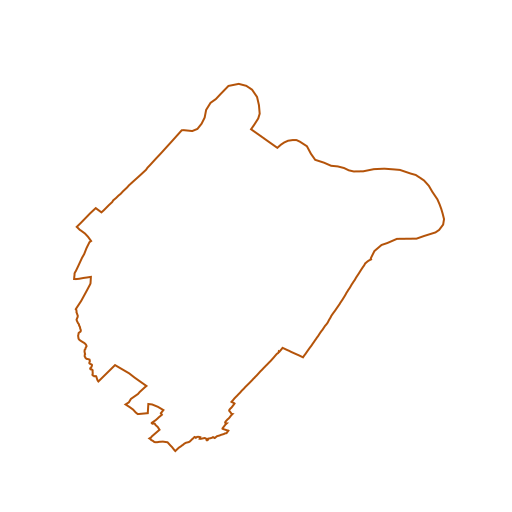 outline of Cotofenii Din Fata, Dolj, Romania, rotated 167°
{"feature_id": "2599482B64594888050734", "entity_name": "Cotofenii Din Fata", "entity_type": "district", "adm_level": 2, "iso_a3": "ROU", "parent_name": "Romania", "parent_adm1": "Dolj", "projection": "robinson", "projection_center": [23.665, 44.452], "detail": "fine", "context": "isolated", "style": "outline", "palette": "amber", "viewbox_px": 512, "rotation_deg": 167, "n_neighbors": 0, "source": "geoboundaries", "source_scale": "gbopen_adm2", "svg_char_len": 6013}
<svg xmlns="http://www.w3.org/2000/svg" viewBox="0 0 512 512"><g transform="rotate(167 256 256)"><path d="M300.1,395.2L311.6,387.1L325.6,377.4L331.0,373.8L339.0,368.3L341.8,366.5L343.8,364.7L349.2,361.6L363.8,353.5L366.3,351.7L371.0,349.0L373.9,347.0L376.4,345.8L379.3,344.0L382.7,342.3L383.2,341.7L384.0,340.9L387.7,338.8L394.2,334.7L396.8,333.3L401.4,338.7L408.0,334.9L419.8,327.3L424.1,324.7L423.3,323.5L421.8,321.1L420.8,320.1L417.6,316.4L415.4,312.6L413.3,307.7L415.2,306.9L416.4,305.4L418.0,303.5L419.6,301.5L423.0,296.5L425.9,293.4L431.4,286.3L434.9,281.9L436.2,280.6L436.8,279.6L437.1,278.3L437.6,277.0L438.4,274.5L436.6,274.0L433.6,273.6L428.8,273.4L426.7,273.2L425.8,273.1L424.3,273.0L421.6,272.8L422.8,268.6L423.4,266.6L424.0,265.7L427.8,261.3L436.4,251.6L443.1,245.2L443.6,244.7L443.2,243.8L443.3,242.5L443.6,241.3L443.4,240.6L443.3,239.3L443.1,237.9L443.5,236.7L444.6,235.2L445.2,234.3L445.1,233.1L444.8,231.9L444.6,230.8L444.0,229.6L443.9,229.0L444.0,227.9L443.7,227.3L443.5,226.2L443.6,225.2L443.6,224.7L443.4,223.5L443.5,222.6L443.9,221.9L444.7,221.5L445.5,221.2L446.0,221.0L446.3,220.5L446.6,219.6L447.2,218.5L447.4,217.1L447.4,216.3L447.5,215.8L447.5,215.3L447.3,214.8L447.1,214.3L446.6,213.6L445.7,212.6L444.7,211.6L444.1,211.0L443.1,210.1L442.3,209.1L441.6,207.8L441.4,206.8L441.4,206.2L442.7,204.8L443.2,203.7L443.6,203.4L444.1,203.0L444.2,202.6L444.4,202.1L444.6,201.3L444.6,200.6L444.7,200.1L444.6,199.7L444.6,199.3L444.6,198.8L444.9,198.6L445.2,197.9L445.5,196.9L445.3,196.0L445.1,195.7L445.1,195.2L444.7,194.5L444.5,194.2L444.1,193.8L443.2,193.5L441.8,192.7L441.5,192.5L441.5,191.5L441.6,190.8L442.0,190.2L442.5,189.3L442.5,189.0L442.2,188.5L441.9,188.2L441.3,187.8L440.6,187.3L440.3,186.7L440.5,186.2L440.8,185.6L441.2,185.2L441.4,184.8L441.9,184.3L442.8,183.9L442.9,183.4L442.8,183.0L442.7,182.8L442.3,182.6L441.8,182.4L441.1,182.0L441.0,181.7L440.9,181.5L440.9,181.2L441.1,180.7L441.2,180.1L441.3,179.6L441.4,178.8L441.6,178.0L442.0,177.4L442.1,177.0L442.0,176.5L441.7,176.2L441.2,175.9L440.9,175.6L440.7,175.2L440.3,175.1L439.0,175.0L438.8,174.7L438.7,174.2L438.6,172.5L438.4,170.8L438.1,169.8L437.8,169.2L417.9,181.4L406.0,170.2L401.7,164.9L392.0,154.0L394.0,153.0L400.0,149.6L402.0,148.1L410.0,144.9L412.8,142.0L416.5,140.7L413.1,137.2L410.3,134.0L408.4,130.6L406.8,128.6L405.7,128.4L396.8,127.2L394.2,136.0L390.6,134.7L385.5,131.1L380.9,126.7L384.1,124.2L383.4,122.5L387.2,120.6L388.3,119.9L390.7,118.6L395.1,116.9L395.2,116.5L394.5,115.8L393.2,115.8L392.4,115.4L391.9,113.9L390.2,111.5L389.1,108.4L398.0,103.7L399.4,102.6L400.1,102.5L400.9,102.2L400.6,101.9L400.0,101.3L399.6,100.4L397.8,98.8L397.0,97.7L396.0,97.2L394.3,96.8L392.1,96.7L388.5,96.1L384.1,94.4L382.1,90.8L380.8,88.7L379.3,85.5L378.5,84.1L377.7,84.6L377.0,85.0L375.0,86.2L374.3,86.6L371.8,87.5L371.1,87.9L370.8,88.0L370.4,88.2L370.1,88.2L368.0,89.3L366.9,89.6L366.2,89.8L365.4,89.8L363.9,89.8L362.9,89.9L362.1,90.2L361.5,90.6L360.6,91.1L359.6,91.8L358.7,92.2L356.6,93.5L355.9,93.1L355.5,92.4L354.1,93.0L352.5,92.7L351.1,92.0L352.0,90.6L351.1,90.3L346.9,90.2L345.3,88.9L345.6,87.9L345.2,87.4L344.2,87.7L343.6,88.8L341.6,88.7L339.7,88.8L338.6,89.2L337.9,88.7L337.5,88.0L337.2,87.9L334.5,89.2L331.9,89.3L330.3,89.6L328.3,89.7L328.2,89.7L327.2,89.8L326.2,90.1L324.6,90.0L324.2,90.3L323.9,90.6L322.2,92.0L322.4,92.2L323.2,92.5L325.6,94.0L327.0,94.8L327.3,95.1L327.5,95.3L327.4,95.5L327.2,95.8L326.8,96.1L323.5,98.8L323.1,99.0L322.2,99.5L322.5,99.6L323.1,99.7L323.3,99.9L323.5,100.4L323.5,100.8L323.4,101.0L323.1,101.2L322.8,101.6L320.5,103.2L319.4,103.7L318.2,104.5L316.7,105.8L315.0,107.0L314.5,107.3L315.0,107.5L315.3,107.6L315.4,107.9L315.8,108.9L316.0,109.4L316.8,110.9L316.9,111.1L316.9,111.5L316.8,111.8L316.5,112.1L316.0,112.6L315.0,113.3L314.7,113.4L314.4,113.6L313.9,113.9L312.9,114.7L310.5,116.7L310.1,117.1L310.5,117.6L312.3,119.0L312.7,119.4L310.3,121.1L309.2,122.0L307.2,123.3L306.5,123.7L305.4,124.4L304.4,125.1L302.0,126.6L300.3,127.9L297.5,129.6L296.0,130.7L291.1,133.7L287.5,136.0L285.7,137.3L285.4,137.4L285.1,137.5L284.1,138.3L283.1,138.9L282.4,139.3L280.1,140.9L277.7,142.6L275.7,143.8L273.5,145.3L272.5,145.9L271.0,146.9L269.8,147.6L266.9,149.5L265.7,150.2L261.3,153.3L260.8,153.7L257.8,155.9L257.4,156.1L256.4,156.4L256.1,156.6L255.8,156.9L255.6,157.2L255.3,157.8L255.2,158.0L254.7,157.5L252.4,159.2L251.4,160.0L251.2,160.1L250.8,160.5L249.3,159.4L247.3,157.8L246.5,157.2L245.0,156.1L243.4,154.7L238.9,151.3L236.6,149.6L233.0,146.7L231.6,148.0L230.3,149.1L230.0,149.3L227.5,151.6L224.0,154.7L222.5,155.9L221.6,156.7L220.8,157.5L219.8,158.4L219.2,158.9L217.4,160.6L216.0,161.8L215.1,162.7L213.5,164.0L212.4,165.1L211.9,165.6L210.0,167.4L209.7,167.6L209.4,167.9L209.2,168.1L208.1,168.9L204.4,172.4L202.7,173.6L201.1,175.0L199.2,177.3L197.5,179.0L197.1,179.5L196.7,179.9L196.2,180.6L195.8,181.0L193.7,182.9L191.1,185.1L189.5,186.6L187.5,188.4L186.2,189.6L185.5,190.2L184.3,191.5L183.3,192.4L183.0,192.7L181.9,193.7L178.8,196.8L177.1,198.6L176.1,199.8L174.6,201.2L173.9,202.0L172.2,203.5L171.3,204.4L170.1,205.7L169.1,206.8L168.1,207.7L167.0,208.8L165.1,210.5L163.4,212.4L161.5,214.2L159.7,215.9L157.1,218.5L156.9,218.7L154.4,221.1L153.0,222.3L152.5,222.8L151.2,224.3L150.2,224.7L149.6,225.1L147.9,225.9L146.4,226.4L144.6,226.8L144.7,227.9L139.5,234.2L131.2,238.5L125.1,239.1L114.8,241.0L95.7,236.8L87.6,237.7L75.8,238.6L71.7,240.2L66.6,244.5L64.5,249.6L64.6,255.3L64.9,260.2L65.5,265.0L66.5,270.4L69.8,279.0L71.8,285.5L75.3,291.8L82.1,299.0L86.7,301.5L96.4,307.5L102.6,309.5L111.3,312.2L121.6,314.1L132.5,314.4L141.8,316.4L146.3,318.6L150.4,321.9L156.2,324.9L162.5,327.0L168.7,331.6L176.7,336.4L179.5,343.3L181.7,351.5L187.5,357.5L190.4,359.8L194.0,360.7L198.8,361.1L202.9,360.3L206.6,358.9L210.9,356.6L232.3,380.6L228.2,384.3L222.9,389.5L220.4,393.8L219.2,402.3L219.2,410.7L222.4,418.9L227.2,424.0L234.1,427.6L244.6,427.9L254.2,421.7L259.7,418.0L265.8,415.5L271.7,409.6L274.9,402.4L279.3,397.1L284.5,393.0L290.0,392.1L298.2,394.9L300.1,395.2Z" fill="none" stroke="#b45309" stroke-width="2"/></g></svg>